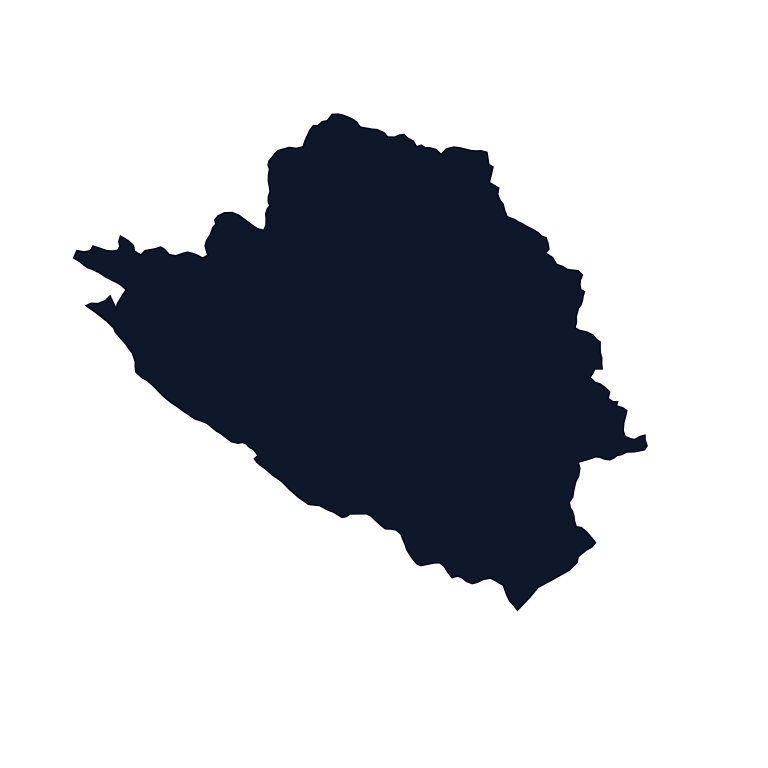 outline of Jucás, Ceará, Brazil, rotated 62°
{"feature_id": "56859067B508683552133", "entity_name": "Jucás", "entity_type": "district", "adm_level": 2, "iso_a3": "BRA", "parent_name": "Brazil", "parent_adm1": "Ceará", "projection": "albers", "projection_center": [-39.616, -6.471], "detail": "fine", "context": "isolated", "style": "filled", "palette": "ink", "viewbox_px": 768, "rotation_deg": 62, "n_neighbors": 0, "source": "geoboundaries", "source_scale": "gbopen_adm2", "svg_char_len": 3998}
<svg xmlns="http://www.w3.org/2000/svg" viewBox="0 0 768 768"><g transform="rotate(62 384 384)"><path d="M215.4,201.3L211.2,206.1L207.6,211.1L205.7,218.6L208.1,225.9L201.6,227.8L196.7,232.9L194.8,236.7L190.6,238.9L189.8,243.9L183.2,244.1L178.4,247.6L173.2,249.2L171.6,253.1L171.0,258.9L167.6,264.8L162.3,266.0L156.3,270.5L153.3,275.1L149.9,279.5L145.9,284.4L139.7,285.2L135.4,287.5L131.1,290.8L126.9,294.5L124.2,297.8L121.6,303.1L124.9,310.5L123.4,315.4L124.9,321.1L122.7,325.0L125.1,330.3L132.3,339.7L136.5,344.0L135.0,350.5L130.6,356.7L129.3,362.8L128.2,367.6L129.3,371.9L131.5,376.7L132.9,380.5L136.1,383.5L140.3,384.1L145.2,387.8L150.3,390.7L155.8,392.5L160.5,394.2L164.4,398.2L168.6,400.6L173.0,401.1L174.7,405.0L178.1,408.5L182.0,410.1L188.0,413.4L192.0,418.0L187.2,423.0L183.1,425.2L175.2,429.0L166.7,433.0L161.4,437.5L157.9,444.6L157.7,451.9L159.7,456.5L163.9,457.3L165.4,461.6L170.4,466.9L174.1,473.4L178.1,477.1L183.0,478.2L187.6,479.1L187.7,485.0L183.0,488.1L178.7,491.9L175.4,495.6L174.3,499.9L173.1,507.6L168.9,512.9L161.7,514.7L158.2,517.0L157.3,522.4L154.1,532.3L156.0,538.2L149.5,541.9L144.2,540.2L137.7,542.4L129.6,547.2L133.9,551.4L138.5,552.5L140.9,556.4L139.4,560.9L136.2,566.1L125.6,576.1L128.5,580.7L126.5,587.0L122.0,592.5L127.0,598.8L132.7,595.4L138.1,593.1L142.5,590.8L145.8,587.7L151.9,583.2L158.9,579.5L165.4,574.9L168.7,572.5L173.5,569.6L179.8,567.4L182.0,571.6L184.0,575.1L186.1,578.6L188.3,582.2L192.5,585.3L177.6,584.5L179.6,590.8L178.8,598.7L175.2,604.8L175.0,610.3L185.1,605.2L198.2,599.3L203.4,597.7L207.4,596.4L212.1,596.8L228.3,593.1L233.1,592.7L238.5,591.6L247.7,593.2L251.7,595.4L257.1,597.5L264.7,594.7L270.0,591.4L276.9,588.7L284.0,586.7L291.1,584.6L300.6,580.6L305.8,577.7L314.5,573.5L320.4,570.3L325.9,567.5L329.5,563.9L335.5,558.8L342.9,555.7L346.6,554.2L351.5,551.2L357.1,548.7L363.4,545.7L367.8,540.7L369.1,536.4L372.6,533.6L376.5,532.7L380.5,530.0L388.0,528.8L389.1,533.6L393.6,532.9L397.9,531.2L402.3,528.9L412.1,525.2L419.5,521.3L423.2,519.7L433.5,516.7L438.5,514.7L442.8,513.2L454.9,507.2L461.2,497.8L468.6,493.0L473.2,488.9L482.1,483.7L483.3,479.7L482.7,475.1L488.1,464.8L490.2,460.6L494.2,457.5L499.2,456.0L505.8,453.6L512.4,450.9L516.0,444.9L518.7,441.8L524.5,439.5L529.5,440.2L535.8,440.7L540.9,441.7L546.4,441.3L552.7,440.7L558.5,439.3L561.7,436.6L565.4,424.1L568.0,418.7L573.5,416.3L580.4,416.0L587.0,414.7L588.1,409.3L591.7,406.1L597.3,403.7L601.6,399.8L603.0,394.7L603.0,388.5L605.4,381.1L609.7,378.0L613.6,375.8L617.6,373.1L622.6,373.9L627.9,374.7L634.2,374.9L640.3,373.4L646.4,372.4L640.8,355.4L635.9,343.5L635.8,326.8L635.3,307.7L632.3,297.3L627.7,293.8L626.8,289.7L625.7,283.6L625.5,276.9L623.5,271.8L617.2,272.9L609.8,274.6L603.5,277.1L600.2,281.3L594.5,280.2L589.5,278.2L585.2,277.4L580.5,277.6L575.5,276.0L572.5,270.5L568.3,267.4L565.1,264.8L560.5,260.8L556.7,255.4L550.4,250.7L544.3,249.2L546.7,237.3L547.6,231.5L549.7,228.1L553.9,224.4L556.9,220.2L557.2,215.8L556.5,211.7L557.9,207.5L558.0,201.6L561.5,194.5L562.8,190.3L564.4,184.8L562.0,180.7L555.7,179.6L551.7,177.6L550.6,182.6L550.8,188.7L548.2,191.9L543.6,195.7L537.8,194.9L530.8,190.5L525.9,185.9L521.4,182.1L517.0,184.4L512.4,189.1L509.4,186.1L507.0,190.3L502.1,192.9L496.7,188.5L491.2,190.3L485.8,192.9L481.6,196.8L474.8,199.1L472.8,195.0L469.6,190.9L473.1,184.3L468.5,182.4L463.2,179.5L457.5,178.2L452.2,175.5L448.4,173.4L444.2,175.5L438.8,176.6L433.6,180.4L428.3,186.3L424.0,189.0L419.7,185.0L414.7,182.6L411.6,179.7L408.4,176.9L406.6,172.9L403.4,169.6L399.7,166.8L396.6,163.7L392.9,165.9L388.1,164.3L384.2,161.7L381.1,157.7L375.2,159.3L371.7,164.5L368.7,168.6L364.3,170.9L359.3,175.5L351.5,175.8L344.1,180.0L342.4,175.1L336.6,173.1L330.9,172.3L327.5,175.5L323.0,176.7L318.4,179.4L311.6,184.2L307.1,186.8L304.0,189.4L300.3,191.4L293.9,196.8L287.4,196.0L281.3,194.4L276.2,195.3L270.1,194.7L264.9,190.8L255.5,196.4L249.6,191.1L243.5,185.9L239.4,188.4L227.8,184.3L223.5,189.0L221.7,192.9L219.0,197.3L215.4,201.3Z" fill="#0f172a" stroke="#020617" stroke-width="1.5"/></g></svg>